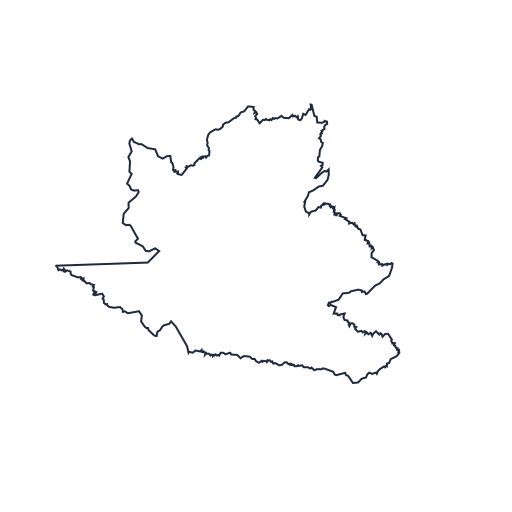 Puerto Colombia, Guainía, Colombia, rotated 224°
{"feature_id": "7082276B8590395772901", "entity_name": "Puerto Colombia", "entity_type": "district", "adm_level": 2, "iso_a3": "COL", "parent_name": "Colombia", "parent_adm1": "Guainía", "projection": "natural_earth1", "projection_center": [-68.335, 2.492], "detail": "fine", "context": "isolated", "style": "outline", "palette": "slate", "viewbox_px": 512, "rotation_deg": 224, "n_neighbors": 0, "source": "geoboundaries", "source_scale": "gbopen_adm2", "svg_char_len": 6130}
<svg xmlns="http://www.w3.org/2000/svg" viewBox="0 0 512 512"><g transform="rotate(224 256 256)"><path d="M85.3,281.3L85.5,285.0L86.6,285.4L86.0,286.2L87.7,287.5L88.0,286.1L88.3,287.4L89.4,286.6L89.9,288.0L91.7,287.1L93.2,288.1L94.6,287.5L95.3,289.1L96.1,288.5L96.0,289.4L97.9,288.1L99.9,289.0L100.2,290.3L106.9,291.7L108.9,289.8L108.9,285.8L111.5,287.1L112.9,286.9L112.7,285.1L117.4,285.2L117.7,281.5L116.9,279.2L120.2,280.4L120.8,277.7L123.1,278.0L123.3,275.9L124.3,277.8L125.6,277.6L126.1,275.2L128.2,275.3L130.1,272.3L134.0,272.3L134.5,274.5L136.2,273.4L137.7,275.0L140.1,274.5L141.0,273.1L140.1,270.4L141.7,271.1L142.1,272.8L144.3,272.4L145.3,273.2L147.9,271.5L150.8,272.8L152.3,276.2L154.9,272.3L154.6,271.3L156.3,270.2L157.5,271.1L160.1,268.5L162.9,274.8L167.8,272.9L169.0,270.5L170.2,270.6L171.1,273.2L169.7,273.6L170.0,275.6L168.9,276.4L166.2,282.0L167.6,289.4L163.5,294.2L163.2,296.6L159.0,302.9L156.0,304.7L154.9,303.7L153.3,305.9L150.5,304.9L149.9,305.8L149.7,317.5L148.0,322.2L148.0,327.9L146.4,334.1L150.1,342.2L152.5,345.4L153.6,345.2L153.8,343.2L156.1,341.9L156.8,340.6L156.0,340.4L157.6,339.4L158.4,336.8L159.6,337.8L161.7,335.3L162.9,336.9L163.7,336.3L163.6,337.1L164.9,337.1L172.1,335.4L174.9,338.5L175.2,342.1L177.9,343.4L178.1,342.0L179.1,343.5L179.9,343.0L179.5,341.9L180.6,343.1L181.1,342.0L183.8,344.2L184.5,342.7L185.6,344.7L188.8,343.0L189.3,343.7L188.5,344.0L189.9,344.3L191.4,347.0L193.7,345.0L199.3,347.6L201.5,346.6L204.3,347.7L204.1,346.7L205.4,346.5L207.8,348.0L207.8,346.6L210.0,346.7L211.6,344.1L212.4,345.5L217.5,344.4L217.3,345.9L223.7,343.0L223.8,344.7L225.6,344.9L226.7,343.7L226.4,341.1L227.1,340.6L228.0,342.0L228.7,340.7L229.4,342.0L230.8,341.8L231.5,344.6L231.7,343.1L233.1,345.0L233.1,343.7L234.7,343.9L234.6,345.0L236.3,344.3L236.3,343.0L238.0,343.3L238.7,344.6L243.9,341.1L243.9,340.0L242.8,340.1L244.1,337.6L243.0,335.8L245.1,334.5L244.6,330.5L247.3,325.8L246.6,322.9L247.4,323.7L250.9,322.6L255.6,325.0L258.2,329.0L258.8,328.6L260.5,335.6L262.2,338.6L260.5,342.6L259.1,349.5L256.7,353.0L257.4,360.3L260.0,364.9L263.9,368.8L264.0,365.6L265.7,364.9L266.5,361.3L266.9,353.6L268.0,353.1L269.8,365.8L271.9,366.0L271.3,367.7L272.8,369.3L276.7,367.3L278.1,367.8L280.0,370.1L279.6,371.6L283.7,376.7L284.6,380.7L286.4,383.7L288.4,383.3L290.5,384.9L292.4,384.4L292.7,387.5L294.3,388.2L293.8,389.9L294.7,389.9L294.9,391.7L295.8,391.7L295.0,395.0L296.8,396.4L297.2,398.5L296.5,400.3L298.2,402.0L300.4,400.9L299.9,400.4L301.0,397.7L304.7,394.6L309.1,398.3L311.3,397.3L321.0,403.4L321.9,402.9L318.4,400.0L318.5,398.8L319.8,398.5L318.3,391.9L320.8,391.1L318.6,386.8L318.4,384.5L320.5,383.5L322.9,385.5L323.1,384.0L325.2,384.1L326.3,382.1L327.8,382.8L328.1,377.9L332.2,374.6L335.0,374.5L336.1,369.9L338.1,368.4L338.2,367.1L339.8,366.8L339.3,364.5L340.8,364.1L340.7,362.9L343.1,361.4L344.0,361.5L344.1,359.8L345.6,358.9L345.5,354.0L349.9,355.0L351.4,354.1L351.9,355.3L353.7,355.9L353.8,359.0L355.7,359.6L356.4,357.7L357.4,359.7L359.3,359.4L361.2,361.6L365.6,358.1L365.0,351.9L366.7,348.6L365.9,344.6L367.0,342.6L366.3,341.8L367.6,339.8L368.7,332.9L370.4,330.9L371.0,327.6L369.8,326.1L370.0,322.7L370.8,320.7L373.2,318.9L374.9,313.0L374.5,309.9L372.0,305.4L369.5,303.9L368.1,301.7L364.7,300.9L363.8,299.3L362.3,299.1L359.6,295.8L360.5,294.3L360.3,292.2L361.5,292.7L362.6,291.5L362.4,290.1L363.6,290.4L364.2,288.9L362.9,288.4L362.9,287.5L364.6,287.1L364.7,279.8L363.5,278.8L364.1,277.1L365.8,276.1L366.7,273.3L368.1,272.5L367.1,271.8L367.8,270.9L366.6,270.7L365.8,262.7L369.1,260.6L369.7,260.7L368.9,262.0L369.9,261.1L370.9,262.6L373.0,260.1L373.8,261.6L374.7,260.2L375.6,260.3L376.9,262.5L380.8,264.8L382.1,264.5L387.1,268.4L389.4,266.0L390.8,261.2L395.8,259.7L402.6,262.7L408.9,258.4L416.1,256.9L417.7,255.2L423.1,253.3L426.8,254.3L426.9,251.6L425.3,249.0L418.1,244.9L416.5,238.5L412.3,236.5L405.6,228.7L402.5,228.7L399.0,218.5L395.5,218.6L392.2,217.1L389.3,218.2L386.5,221.4L384.8,220.6L383.7,215.5L384.7,205.8L380.9,202.0L380.5,194.5L374.8,187.2L371.0,187.8L368.8,190.4L367.2,190.7L352.9,186.4L353.0,182.8L352.1,181.9L344.2,184.3L338.9,183.1L336.2,185.0L333.9,191.4L329.1,192.3L329.3,176.1L393.5,109.7L391.9,110.3L388.3,108.6L387.8,110.2L385.9,110.6L385.1,112.3L385.5,113.4L383.6,113.1L383.4,111.5L382.4,111.9L381.8,114.5L378.6,116.0L376.9,114.4L375.2,114.2L368.8,117.2L367.8,118.9L366.6,119.1L366.0,118.1L364.5,120.0L363.9,118.0L362.7,118.4L363.0,119.0L358.9,118.6L356.9,121.1L355.5,120.8L352.5,122.6L352.1,120.6L350.9,120.9L349.2,117.9L345.8,119.1L345.5,117.9L346.8,116.6L346.2,115.2L344.5,115.9L340.6,122.0L337.4,121.3L336.7,118.7L335.4,118.9L332.7,116.6L330.5,116.8L329.7,118.0L328.5,117.1L326.1,117.5L322.1,120.2L318.4,124.8L315.0,124.9L312.9,123.4L311.9,125.1L308.4,125.8L301.8,135.0L296.8,133.9L293.2,129.1L286.9,127.9L284.9,128.0L283.6,129.2L282.0,128.1L273.9,128.1L271.9,129.4L274.3,133.1L273.5,136.0L274.3,139.9L274.2,142.0L271.3,147.0L271.7,150.0L264.6,149.5L242.9,143.2L237.3,139.5L237.5,140.8L234.4,142.4L233.8,146.0L229.8,148.6L229.9,150.7L228.1,149.5L227.2,150.4L228.2,151.3L226.2,150.7L225.0,151.6L224.0,149.8L224.0,151.2L221.9,153.1L220.1,153.1L219.5,152.0L219.6,154.0L218.6,154.8L217.5,154.1L217.8,155.4L216.8,155.5L216.7,157.2L215.2,157.1L214.5,158.5L213.3,158.7L214.2,161.9L212.1,163.8L209.8,164.0L207.3,168.5L205.4,167.9L200.8,171.8L196.1,171.7L195.2,175.6L190.7,179.2L187.2,179.3L185.4,181.0L183.3,180.4L179.7,181.2L179.1,184.6L177.9,184.3L177.6,186.0L175.4,187.3L175.4,188.3L174.5,187.7L174.7,189.4L173.6,190.6L171.6,190.3L171.1,191.4L168.9,190.6L167.7,192.4L163.4,193.5L161.9,195.3L161.4,199.5L160.0,200.9L157.6,200.7L156.3,202.7L155.0,203.0L155.0,202.1L153.0,204.1L151.8,203.4L150.0,205.2L149.9,206.7L148.8,206.7L146.8,209.5L144.5,209.1L141.4,212.0L138.8,212.8L138.6,214.3L134.8,214.3L133.4,217.1L130.1,220.1L130.1,221.3L128.3,222.7L120.1,226.3L117.1,225.4L115.5,226.0L110.7,233.9L108.4,232.8L106.7,233.8L98.0,232.0L94.7,235.9L94.7,241.3L92.5,245.0L93.7,248.3L93.5,250.8L90.6,251.8L88.7,255.5L87.3,255.2L88.4,258.2L88.3,260.7L87.3,265.1L86.0,265.4L86.4,266.8L85.1,267.4L87.1,269.6L85.9,271.6L87.5,275.4L85.3,281.3Z" fill="none" stroke="#1e293b" stroke-width="2"/></g></svg>